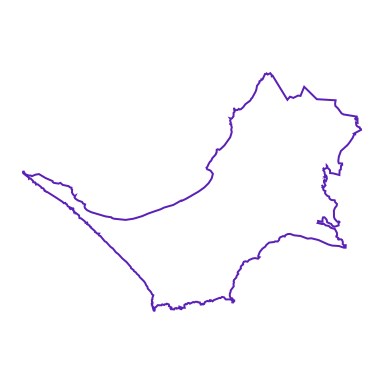 outline of Mornington Peninsula, Victoria, Australia
{"feature_id": "25037944B38646980032426", "entity_name": "Mornington Peninsula", "entity_type": "district", "adm_level": 2, "iso_a3": "AUS", "parent_name": "Australia", "parent_adm1": "Victoria", "projection": "albers", "projection_center": [144.952, -38.333], "detail": "fine", "context": "isolated", "style": "outline", "palette": "violet", "viewbox_px": 384, "rotation_deg": 0, "n_neighbors": 0, "source": "geoboundaries", "source_scale": "gbopen_adm2", "svg_char_len": 6004}
<svg xmlns="http://www.w3.org/2000/svg" viewBox="0 0 384 384"><path d="M335.6,100.3L316.8,99.2L304.2,86.8L300.5,95.9L298.0,95.6L293.4,97.9L290.0,96.7L287.4,99.8L272.6,75.7L271.7,76.2L271.4,74.6L270.3,73.2L267.8,74.5L266.6,73.4L265.8,74.1L265.0,74.0L262.6,79.3L261.7,79.9L261.3,79.5L261.0,80.4L259.4,81.3L259.5,82.5L257.0,85.8L256.4,89.3L255.5,91.8L252.1,98.0L251.4,98.5L250.2,100.6L245.4,104.2L243.2,107.2L240.9,109.2L239.6,109.5L238.8,108.9L237.4,110.0L235.6,110.2L234.8,110.0L234.5,108.6L234.8,108.2L234.0,108.6L234.6,111.7L233.6,112.8L233.5,116.3L232.0,118.3L231.0,118.7L230.1,118.4L230.7,119.3L230.1,120.6L230.8,122.8L230.2,123.9L231.3,124.4L231.2,125.5L231.8,127.2L231.2,129.8L231.7,131.4L231.6,132.7L230.2,137.3L224.5,145.3L220.4,149.2L219.5,149.8L217.7,149.3L216.7,149.7L216.6,152.6L216.0,153.3L215.8,154.4L212.3,158.2L211.1,160.8L210.0,161.7L208.8,163.7L207.2,167.1L206.5,167.7L207.1,169.2L210.5,170.6L212.9,173.8L211.6,178.6L208.6,183.2L204.4,187.4L198.5,191.6L185.7,199.0L181.6,200.9L181.2,200.5L173.4,204.9L164.0,207.6L160.8,209.2L148.8,213.3L142.0,216.2L133.5,218.7L125.6,219.9L114.0,218.7L112.1,218.1L111.4,217.3L105.5,216.4L91.3,212.2L86.9,210.1L85.0,208.1L84.5,206.3L85.1,204.4L83.0,203.5L82.2,202.0L77.9,200.4L75.3,198.6L74.5,197.3L75.3,195.7L74.8,196.0L73.3,194.8L72.0,192.6L72.1,189.6L71.5,189.1L71.5,187.7L69.7,187.2L68.8,186.2L62.7,184.9L60.4,182.9L58.6,183.6L54.0,182.9L52.8,182.1L52.6,181.1L45.5,178.0L39.0,174.1L35.7,174.6L31.8,176.2L30.8,175.5L29.0,175.6L25.1,174.1L23.8,171.6L23.1,171.7L23.0,172.4L23.3,173.3L28.9,177.7L29.0,178.8L30.0,178.3L31.0,178.9L33.1,181.0L33.2,182.1L33.8,182.0L34.5,182.7L35.2,182.5L35.9,183.4L36.0,184.5L37.7,184.3L41.2,187.1L41.5,187.9L43.4,188.4L44.6,190.8L45.2,190.6L46.3,191.9L47.4,192.1L55.3,197.1L62.6,201.9L63.8,203.2L65.3,202.9L65.8,203.8L66.9,204.4L67.7,206.2L69.9,207.3L69.6,208.0L70.1,208.7L71.2,207.9L71.9,208.2L71.7,208.8L73.1,208.4L73.4,208.9L72.8,209.4L73.2,210.5L74.2,211.3L74.1,212.5L75.0,212.5L75.4,213.4L76.0,213.1L79.0,215.4L79.5,218.1L80.9,218.3L83.3,220.1L85.1,221.6L85.5,222.9L87.1,222.5L87.6,223.9L87.3,224.3L89.6,225.5L89.8,226.5L90.9,227.0L90.9,227.6L94.8,231.0L95.1,232.1L95.8,232.2L96.8,233.4L98.9,233.6L98.3,234.3L99.1,235.5L100.4,236.0L104.8,241.3L106.4,242.2L110.4,246.7L113.0,248.6L115.9,252.3L118.3,254.1L122.5,258.6L126.7,262.2L130.8,267.0L131.1,268.2L133.6,270.1L133.9,271.0L136.0,272.5L136.8,273.8L139.0,275.6L139.7,277.1L143.8,281.1L145.2,283.0L146.3,285.5L147.3,286.5L147.8,288.6L150.8,291.8L152.2,294.5L153.3,295.2L152.4,298.0L152.4,299.4L151.9,299.9L152.0,302.0L152.5,302.2L152.5,303.2L151.9,303.6L152.3,304.1L151.8,304.9L152.3,305.4L152.5,306.6L153.4,307.0L153.4,308.1L153.0,308.2L153.6,310.4L154.1,310.8L154.6,310.6L154.6,309.8L155.4,310.0L154.4,309.4L154.3,308.7L157.7,305.2L161.5,305.3L162.2,304.4L164.2,305.0L165.1,304.2L166.2,304.3L166.8,303.7L168.8,304.4L169.1,305.1L168.9,306.2L171.5,307.5L171.3,308.5L170.7,308.7L171.0,309.2L174.2,309.4L174.4,308.6L176.1,308.0L176.5,308.6L178.1,308.3L178.6,307.6L180.6,309.1L181.3,309.2L181.7,308.8L180.7,307.2L182.1,307.8L184.7,307.8L184.3,305.1L185.6,304.0L186.3,304.3L187.2,303.9L187.6,303.2L188.9,302.9L189.9,303.7L193.3,302.0L194.3,302.4L195.5,301.8L197.8,301.9L198.2,302.4L199.9,302.5L200.3,303.8L201.5,304.0L201.3,304.5L203.0,304.4L203.1,303.8L204.2,303.9L204.9,302.1L207.3,300.9L208.9,301.3L209.9,300.1L210.6,300.3L210.7,300.9L211.5,300.5L212.5,301.3L214.1,300.0L219.5,297.9L220.5,298.1L222.0,296.9L224.0,297.3L225.7,299.4L230.6,299.4L232.5,300.8L232.4,301.6L232.9,301.3L233.2,302.2L234.3,301.0L234.2,300.4L233.0,299.8L232.3,298.4L231.3,298.4L230.3,297.3L229.8,296.0L229.8,293.9L230.6,291.8L230.7,290.4L233.7,286.4L233.5,283.9L234.0,282.2L233.6,281.2L234.1,279.8L236.3,277.5L236.7,275.8L238.3,273.9L237.6,272.9L237.8,272.0L240.9,268.5L240.7,267.2L241.2,266.0L242.3,265.1L242.0,264.9L242.0,264.6L242.2,265.0L243.1,264.5L242.9,263.6L243.8,261.8L245.3,261.3L247.5,261.7L249.1,260.0L252.6,258.5L255.0,258.1L258.1,258.7L259.5,257.2L258.4,256.9L258.2,256.1L259.8,251.9L262.5,248.6L265.3,246.6L266.4,244.9L269.1,242.6L274.2,242.0L275.1,241.4L277.7,241.5L279.2,239.8L279.2,238.6L280.2,237.3L283.1,236.1L284.8,236.5L285.3,235.3L287.6,234.1L290.1,233.9L294.0,235.3L300.5,236.0L307.5,238.6L311.4,238.3L318.4,240.0L328.4,244.5L332.3,245.6L338.9,246.0L343.9,247.7L345.6,247.7L345.7,245.2L345.0,245.3L344.8,246.5L343.3,246.4L344.6,245.9L342.7,244.0L342.8,241.9L342.1,240.0L341.1,239.3L338.4,239.5L338.1,239.1L338.6,238.4L338.4,238.0L336.3,236.7L336.4,236.0L337.1,235.3L336.9,232.8L334.9,229.0L330.8,227.8L328.7,225.9L325.8,225.4L323.9,223.9L322.0,224.0L317.7,223.0L318.1,222.4L318.1,221.0L322.5,221.8L322.5,219.0L323.1,217.3L324.5,217.3L326.6,219.6L327.2,222.3L331.2,224.0L332.5,225.9L334.8,226.7L338.6,225.4L338.5,223.4L339.5,222.1L338.9,221.5L338.2,222.1L337.0,221.5L334.7,218.9L334.0,216.9L333.9,210.6L335.0,207.8L336.6,205.9L337.0,204.0L335.2,202.2L334.7,200.3L331.6,200.0L330.1,199.2L329.3,198.0L329.2,196.6L327.4,195.9L325.7,194.2L325.0,193.0L325.4,191.0L323.8,190.4L323.3,189.6L323.3,188.3L322.7,187.7L322.9,187.6L322.7,186.2L322.2,185.7L322.0,184.9L322.9,186.5L324.0,187.1L325.5,185.4L324.0,182.2L324.0,180.6L324.4,180.1L325.2,181.4L325.8,181.4L326.9,178.6L326.4,177.3L325.6,177.3L326.1,177.0L325.7,176.8L326.5,176.7L326.2,175.6L325.1,175.7L324.4,171.6L323.3,170.2L324.3,169.2L322.8,167.9L324.6,169.0L326.6,168.0L327.1,166.6L326.7,165.9L326.7,165.5L327.3,166.2L327.4,168.0L328.5,168.5L330.0,170.3L330.1,173.1L332.9,173.3L339.4,175.0L339.6,170.3L340.8,169.5L341.0,165.9L342.2,164.9L342.1,163.5L338.8,163.3L338.3,161.3L338.8,156.8L340.9,151.0L347.3,145.2L348.9,143.3L352.7,137.8L354.1,134.4L355.2,134.4L355.2,133.5L354.5,133.3L361.0,129.9L360.8,128.9L359.8,128.3L359.7,127.4L357.3,126.4L356.3,125.1L356.0,122.5L357.6,122.9L357.5,121.2L356.8,119.8L357.5,119.7L357.5,118.6L355.9,118.6L355.4,119.2L355.2,118.8L355.9,117.8L356.7,117.9L356.8,116.6L343.4,114.4L341.5,113.3L337.9,108.3L335.4,106.0L335.1,103.6L335.6,100.3Z" fill="none" stroke="#5b21b6" stroke-width="2"/></svg>